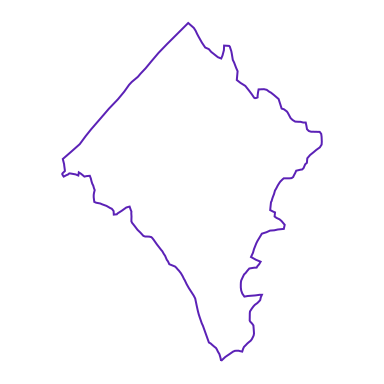 the district of Telafar, Ninawa, Iraq
{"feature_id": "34846034B27680259981934", "entity_name": "Telafar", "entity_type": "district", "adm_level": 2, "iso_a3": "IRQ", "parent_name": "Iraq", "parent_adm1": "Ninawa", "projection": "mercator", "projection_center": [42.455, 36.523], "detail": "fine", "context": "isolated", "style": "outline", "palette": "violet", "viewbox_px": 384, "rotation_deg": 0, "n_neighbors": 0, "source": "geoboundaries", "source_scale": "gbopen_adm2", "svg_char_len": 3866}
<svg xmlns="http://www.w3.org/2000/svg" viewBox="0 0 384 384"><path d="M242.2,351.6L243.1,348.8L244.0,346.9L244.9,346.0L246.2,344.7L247.2,343.6L248.7,342.3L250.7,340.7L251.9,339.1L253.6,335.6L254.0,333.6L253.8,330.3L253.4,325.4L252.1,323.6L250.2,321.6L249.7,320.6L249.8,313.2L250.0,311.4L250.9,310.0L251.8,308.6L253.5,306.3L254.9,304.8L257.3,303.1L259.4,301.0L260.2,300.0L260.8,297.3L261.9,294.8L259.6,294.8L255.5,295.4L247.8,296.0L244.4,296.6L242.3,293.6L241.2,290.5L240.8,287.5L240.8,284.4L240.9,282.3L241.2,280.5L242.4,277.9L243.4,275.8L244.1,274.4L245.6,273.0L247.3,270.8L249.3,268.5L252.3,268.0L254.2,267.7L256.6,267.6L257.5,266.1L259.1,264.3L260.6,261.7L256.0,259.8L251.0,257.0L253.0,252.7L254.0,249.1L256.3,243.3L257.5,240.9L261.0,235.1L261.8,233.7L266.5,232.2L270.0,230.6L274.3,230.3L277.8,229.5L283.8,228.9L284.7,224.8L281.5,221.0L279.5,219.3L276.5,217.9L274.6,216.5L275.0,212.4L272.9,211.5L270.2,210.1L270.4,207.9L271.0,202.2L271.6,201.1L272.3,198.6L273.0,196.6L274.0,194.1L274.8,191.2L275.0,190.5L276.1,188.7L277.8,185.4L279.5,182.7L280.3,181.6L282.6,179.3L283.8,178.3L286.0,178.3L287.6,178.3L289.8,178.3L291.6,178.1L293.2,177.0L293.8,175.6L295.3,172.8L296.2,170.7L297.9,170.3L300.4,169.7L302.1,169.5L303.5,168.2L305.2,164.3L306.9,162.8L307.0,161.6L307.3,158.3L310.1,155.0L313.6,152.2L316.3,149.9L319.8,147.4L321.6,144.6L321.8,141.8L321.6,136.8L321.2,133.9L319.7,131.9L311.0,131.7L308.8,131.0L307.0,129.2L306.4,125.7L305.7,122.5L305.2,122.5L303.6,122.5L303.1,122.5L300.5,121.8L300.0,121.8L299.4,121.8L298.9,121.8L295.2,121.6L292.6,120.0L290.6,118.1L287.8,112.8L286.9,111.5L285.3,110.3L283.8,109.2L281.9,108.7L281.6,108.5L280.3,104.3L280.2,104.0L278.6,99.0L273.8,94.9L270.9,92.6L269.2,91.7L266.7,89.8L265.7,89.6L264.1,89.2L263.6,89.2L258.6,89.4L258.0,92.6L257.6,95.8L257.6,97.4L256.5,97.9L255.4,98.1L255.1,98.1L254.9,98.1L254.1,97.7L251.9,94.4L251.0,93.2L250.7,92.8L249.2,90.8L245.3,85.9L240.5,82.9L236.8,80.0L237.6,71.2L236.1,67.8L234.1,62.5L232.8,59.9L232.2,56.2L231.7,53.2L231.3,51.2L229.8,46.6L229.1,45.9L224.1,45.6L223.9,50.2L222.5,55.5L221.2,58.5L217.9,57.2L211.2,51.9L208.8,49.1L205.2,47.5L201.9,42.6L198.7,36.9L197.2,34.1L195.6,30.7L193.8,27.9L191.2,25.6L188.2,23.0L167.1,44.0L158.6,52.8L154.7,57.4L150.8,62.0L145.7,68.2L140.5,73.7L138.0,76.7L131.7,82.0L129.1,84.8L124.2,91.7L117.9,99.3L108.9,108.7L101.0,117.9L91.2,129.2L85.6,136.2L79.7,144.2L70.3,152.5L62.8,159.0L64.1,164.2L64.2,165.4L64.8,169.8L64.9,171.0L64.3,171.6L62.7,173.1L62.2,174.0L62.9,175.5L63.7,176.6L66.7,175.0L67.7,174.7L69.3,173.4L70.6,173.5L72.3,173.8L75.6,174.4L78.3,175.5L78.5,174.4L78.8,172.4L80.9,173.7L83.1,175.5L84.4,176.6L86.6,176.1L89.8,175.8L90.3,177.1L90.9,178.7L91.4,180.9L92.0,182.9L92.4,184.0L93.2,185.5L94.0,188.3L94.7,190.1L94.0,192.9L93.7,195.0L93.7,197.2L94.0,199.7L94.3,201.9L96.1,202.7L100.3,203.5L102.1,204.3L106.5,205.9L108.6,207.1L110.1,208.0L111.7,208.7L112.5,209.6L113.6,211.1L113.8,214.6L116.8,214.3L117.6,213.4L121.7,210.8L126.3,207.5L128.4,206.9L129.6,206.6L130.7,209.8L131.4,211.5L131.3,213.4L131.5,216.5L131.4,220.1L131.4,221.4L132.2,223.0L132.7,223.6L132.8,223.7L134.7,226.1L137.5,229.8L140.4,232.6L143.4,235.9L145.1,236.5L149.1,236.6L151.3,237.1L152.1,237.8L153.6,239.7L156.9,244.4L161.4,250.2L162.3,251.2L163.8,253.9L165.1,255.8L166.8,259.8L168.0,261.4L169.3,264.2L175.0,266.5L176.2,267.6L176.8,268.3L177.8,269.5L178.8,270.5L180.9,273.2L182.6,276.1L184.1,279.2L184.6,279.9L185.9,282.6L186.6,284.1L188.8,288.0L193.7,295.6L195.2,298.5L196.7,305.7L197.8,310.7L198.7,314.2L199.7,317.3L201.8,323.4L202.9,325.7L208.9,342.5L210.7,343.5L212.0,344.7L214.2,346.6L216.0,348.0L216.9,349.5L217.9,351.6L219.4,354.1L220.4,357.5L220.6,358.3L221.1,360.9L221.1,361.0L221.1,360.9L224.7,357.5L225.5,356.8L229.5,354.1L233.1,351.6L234.8,350.9L235.0,350.8L238.5,350.7L239.2,350.9L239.9,351.1L242.2,351.6L242.2,351.6Z" fill="none" stroke="#5b21b6" stroke-width="2"/></svg>